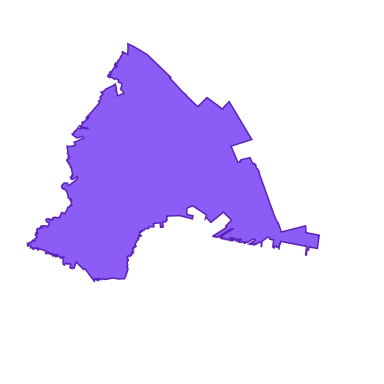 Sector 5, Bucharest, Romania (Natural Earth projection), rotated 200°
{"feature_id": "2599482B58123345185343", "entity_name": "Sector 5", "entity_type": "district", "adm_level": 2, "iso_a3": "ROU", "parent_name": "Romania", "parent_adm1": "Bucharest", "projection": "natural_earth1", "projection_center": [26.071, 44.404], "detail": "fine", "context": "isolated", "style": "filled", "palette": "violet", "viewbox_px": 384, "rotation_deg": 200, "n_neighbors": 0, "source": "geoboundaries", "source_scale": "gbopen_adm2", "svg_char_len": 6041}
<svg xmlns="http://www.w3.org/2000/svg" viewBox="0 0 384 384"><g transform="rotate(200 192 192)"><path d="M54.9,181.9L57.7,194.9L70.9,192.8L73.7,199.0L94.3,185.0L100.8,192.8L101.4,192.4L107.4,199.0L133.6,230.5L136.2,234.2L137.6,235.8L139.8,236.6L141.6,239.6L142.5,239.1L143.3,240.1L144.6,239.4L149.2,244.1L156.7,239.2L157.6,238.2L156.7,237.2L159.0,235.5L171.0,248.4L153.8,261.8L188.0,289.6L191.0,282.9L191.4,280.3L210.2,285.9L215.8,274.1L230.2,280.5L230.2,280.9L235.5,283.0L252.0,291.6L251.2,292.5L281.2,305.8L296.4,308.7L303.0,309.3L301.5,306.0L299.5,299.2L306.0,300.2L305.1,299.7L305.2,299.1L304.1,298.9L305.5,294.2L305.1,294.1L305.8,290.5L306.3,290.6L306.6,289.4L306.1,289.0L306.5,286.9L307.8,287.2L308.2,285.5L307.6,285.4L307.8,284.5L306.5,284.3L306.0,285.1L305.7,284.4L306.0,282.9L307.4,283.1L308.4,279.6L308.6,277.2L309.9,277.3L310.1,275.6L309.0,275.4L309.1,274.6L308.4,274.5L308.7,273.6L310.6,273.9L310.7,271.8L308.6,271.3L308.3,272.4L303.3,271.5L303.1,272.2L301.8,272.4L299.2,272.0L298.8,270.0L295.3,270.1L294.5,268.0L294.1,263.9L292.2,263.5L289.8,261.3L294.9,256.9L297.7,261.7L298.5,261.7L298.5,263.6L301.0,267.2L302.5,265.0L308.1,259.3L310.0,255.5L312.3,254.6L310.9,254.7L310.6,254.1L309.2,253.9L310.8,249.7L309.4,249.0L310.8,245.1L309.3,244.5L315.2,229.1L315.0,227.7L316.0,227.8L316.2,226.2L316.8,225.8L315.5,225.1L315.0,226.4L314.6,226.3L315.4,224.1L316.1,224.3L317.6,220.1L319.4,220.7L318.7,220.2L318.9,219.7L317.7,219.9L319.2,215.7L321.4,215.5L318.5,215.1L311.3,216.4L311.6,215.8L314.3,215.2L314.2,214.7L314.6,215.2L317.8,214.7L317.7,213.8L318.6,213.8L318.7,213.3L321.3,213.3L321.6,210.5L322.4,210.2L323.4,208.0L322.7,207.3L324.1,205.9L323.7,205.8L324.0,205.0L318.7,203.4L313.7,206.9L312.3,205.2L314.9,203.4L316.7,201.0L319.8,198.6L317.7,195.9L322.2,193.0L325.1,192.4L321.7,185.8L322.1,185.5L319.3,183.3L320.4,182.3L319.1,181.2L320.5,179.8L320.1,179.5L320.4,178.7L318.6,177.5L318.3,177.8L317.2,176.2L316.7,176.6L314.5,173.7L314.1,174.0L309.9,167.2L310.7,166.7L309.9,165.4L311.3,164.5L311.2,164.1L310.5,164.4L309.9,162.8L308.5,163.0L305.0,167.2L304.6,166.5L305.0,166.2L304.3,165.0L309.6,156.3L310.4,155.7L311.5,156.3L311.9,157.8L315.2,156.7L316.6,153.4L315.7,151.5L313.9,150.7L313.5,151.4L310.1,149.8L307.6,146.9L306.2,144.0L303.3,144.1L302.2,143.4L303.7,142.7L302.2,141.6L300.7,138.3L301.5,138.3L302.2,137.3L302.1,135.8L303.5,135.2L303.3,131.0L304.0,130.3L304.0,128.1L307.4,128.3L307.9,122.5L309.0,122.4L309.8,121.5L311.9,121.6L312.0,121.0L313.6,120.5L314.0,120.2L313.2,119.0L314.0,118.9L313.8,118.1L315.6,117.5L315.4,117.0L315.9,116.6L316.7,118.0L318.7,117.3L319.8,116.2L318.6,114.3L315.3,114.1L315.6,109.8L317.0,110.4L321.2,108.9L321.5,108.7L320.2,107.2L321.4,106.7L322.5,107.5L322.7,105.1L324.3,105.2L325.0,103.3L324.0,102.6L324.2,101.9L323.0,100.4L324.4,100.7L324.8,99.1L324.0,98.9L324.2,97.7L322.0,97.0L323.8,93.8L323.1,92.9L323.9,92.7L323.6,91.9L325.4,92.1L325.7,89.5L327.3,89.3L327.7,87.6L329.1,87.5L328.0,85.2L327.4,85.2L327.3,85.9L324.8,86.2L324.7,84.3L322.1,85.1L322.2,84.0L321.2,83.9L321.2,85.3L319.7,85.4L319.4,86.3L318.2,85.6L318.2,86.3L317.2,86.4L317.1,85.0L316.5,84.9L316.5,86.4L308.8,86.5L308.7,84.6L308.2,84.1L305.8,85.2L306.6,86.4L304.5,86.0L304.4,85.2L303.1,85.1L302.2,86.3L301.5,86.0L301.4,84.8L300.5,85.2L300.3,84.4L299.7,85.1L300.6,85.9L300.3,86.1L297.8,84.5L297.5,84.8L299.6,86.1L298.0,86.5L296.5,85.4L296.0,85.7L297.0,86.8L296.1,86.8L295.3,85.8L292.9,85.6L292.8,84.9L292.3,85.1L292.4,86.9L290.0,87.0L290.7,85.8L288.3,80.0L286.7,79.8L286.5,82.0L285.4,81.7L283.2,82.0L283.1,82.8L281.1,82.7L280.9,79.2L278.5,78.9L278.4,80.1L276.8,80.0L276.9,86.7L267.4,82.1L266.2,83.2L253.3,74.7L253.0,75.1L254.4,76.1L253.8,76.5L253.9,77.3L253.0,76.8L251.8,77.8L251.3,76.7L250.6,76.8L250.1,77.0L250.8,78.4L250.4,78.6L249.8,77.4L249.6,78.5L249.2,78.1L247.6,78.5L245.4,80.5L244.7,79.8L242.6,80.7L236.7,84.3L231.7,85.0L225.8,87.4L225.5,89.2L225.7,96.9L226.3,98.7L227.2,98.9L227.2,99.9L227.3,99.5L228.0,99.9L227.4,101.3L229.4,104.3L228.5,105.3L228.5,106.1L229.6,106.7L229.3,107.1L230.6,108.2L230.1,108.7L230.9,109.3L229.4,110.7L228.8,110.2L227.3,111.5L227.8,112.6L227.2,112.9L227.2,113.6L227.7,114.2L226.9,114.5L227.5,114.7L226.8,115.5L227.3,115.5L227.0,115.8L228.0,118.0L227.4,118.4L228.3,119.4L227.1,120.1L226.6,121.1L226.9,121.4L226.1,121.5L226.0,122.1L227.5,122.9L227.1,127.2L226.2,128.7L227.0,129.6L226.3,130.0L227.1,130.7L226.4,131.2L226.4,132.5L226.9,133.1L224.7,133.1L224.6,133.5L226.4,133.5L226.3,134.0L226.9,134.1L226.8,136.1L227.6,136.2L227.6,136.9L226.3,136.8L226.1,138.1L225.3,138.0L225.3,139.4L224.0,139.5L223.8,141.5L220.2,142.8L220.9,144.4L216.2,146.2L215.7,145.7L217.3,149.3L211.4,152.2L209.5,148.1L207.5,148.9L208.0,149.9L207.4,150.1L209.4,153.9L206.2,155.2L206.8,156.6L205.9,157.0L207.3,160.3L206.7,160.6L207.0,161.0L195.4,165.6L182.5,166.9L182.9,169.9L189.1,169.1L190.0,171.3L191.0,174.4L190.8,175.5L186.7,179.3L170.7,175.5L170.3,171.6L169.7,172.9L163.8,169.9L155.6,183.8L145.2,179.1L148.7,171.4L147.2,170.7L157.7,157.2L157.1,157.7L156.1,157.4L156.3,157.1L155.1,158.4L154.1,157.8L154.5,157.3L153.3,158.5L152.5,158.2L142.2,171.2L141.0,171.3L150.1,159.4L149.6,159.1L150.3,158.2L148.3,160.3L147.8,159.9L148.5,159.1L148.0,158.8L148.2,158.4L146.1,158.7L145.2,159.8L144.4,158.9L142.3,159.3L139.9,162.5L137.7,162.7L140.1,159.6L139.3,159.7L138.9,160.3L138.5,160.0L135.5,163.3L137.7,160.0L136.9,160.3L134.7,163.2L133.4,162.3L134.5,160.4L130.8,164.5L129.5,163.8L132.3,160.8L130.8,161.8L131.0,161.0L128.7,161.4L126.1,163.1L125.4,162.5L125.5,161.9L124.4,162.1L124.4,163.1L123.5,164.0L122.5,163.4L119.3,167.8L117.2,169.2L116.0,168.4L120.4,162.7L118.3,163.0L117.0,164.9L115.5,164.0L115.9,163.4L115.6,163.4L114.5,164.9L114.0,164.6L111.3,168.1L109.2,167.7L108.5,164.6L108.1,164.6L109.3,169.7L105.3,175.6L103.0,175.7L102.7,174.2L98.9,174.9L97.3,168.0L96.6,168.1L96.8,169.1L96.2,167.6L95.5,167.7L95.8,169.4L93.2,169.7L93.2,169.3L91.4,170.1L90.7,167.5L91.9,173.1L91.3,173.2L91.8,175.9L65.6,180.1L63.7,171.7L63.0,171.8L64.2,177.1L62.6,177.4L63.1,180.3L54.9,181.9Z" fill="#8b5cf6" stroke="#5b21b6" stroke-width="1.5"/></g></svg>